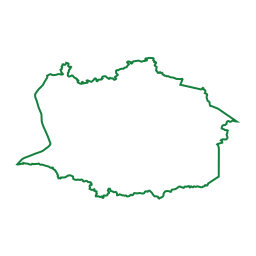 the district of Atalaya, Veraguas, Panama, rotated 274°
{"feature_id": "35544464B38923835463224", "entity_name": "Atalaya", "entity_type": "district", "adm_level": 2, "iso_a3": "PAN", "parent_name": "Panama", "parent_adm1": "Veraguas", "projection": "equal_earth", "projection_center": [-80.908, 8.019], "detail": "fine", "context": "isolated", "style": "outline", "palette": "green", "viewbox_px": 256, "rotation_deg": 274, "n_neighbors": 0, "source": "geoboundaries", "source_scale": "gbopen_adm2", "svg_char_len": 5720}
<svg xmlns="http://www.w3.org/2000/svg" viewBox="0 0 256 256"><g transform="rotate(274 128 128)"><path d="M142.1,235.9L153.5,216.5L155.7,209.9L155.6,209.2L155.8,208.6L156.8,208.0L159.4,207.5L160.2,206.6L160.7,205.5L163.5,204.4L165.5,204.3L166.3,204.7L166.8,204.6L167.4,204.2L168.2,202.2L169.3,202.7L170.5,202.5L171.3,201.9L172.1,200.3L172.9,200.5L173.2,200.2L173.3,199.9L172.9,199.5L171.7,198.8L171.6,198.0L174.8,177.2L180.3,179.0L180.8,178.7L180.3,176.2L180.5,175.2L180.3,172.8L180.8,171.9L181.0,170.7L181.5,169.5L181.5,167.0L182.5,164.4L182.2,162.9L182.7,162.3L182.7,160.8L183.4,160.2L183.8,158.8L185.2,158.5L185.5,158.1L185.2,157.4L185.3,156.9L185.9,156.1L185.7,155.7L185.3,155.6L185.1,155.3L185.2,154.7L185.1,153.9L185.5,153.6L185.9,153.6L186.1,153.2L186.5,153.1L187.3,152.0L190.9,152.3L192.0,150.5L192.5,150.2L194.7,151.4L195.3,151.4L195.7,150.8L195.5,149.8L195.6,149.5L196.6,149.6L197.4,148.4L198.0,148.7L199.1,148.7L199.5,147.9L199.4,144.1L198.8,142.3L198.7,140.9L198.0,140.5L197.2,142.1L196.8,142.1L196.1,140.3L195.8,138.4L195.2,137.3L195.1,136.6L195.7,135.0L195.9,133.5L194.8,128.6L193.0,127.7L192.6,127.3L192.6,126.7L192.8,126.4L193.5,127.1L193.8,127.0L193.8,125.8L194.5,124.2L194.1,123.0L193.6,122.6L193.3,122.6L191.5,124.4L190.0,123.1L188.5,122.3L187.9,120.3L186.8,119.4L186.7,117.2L186.4,116.8L185.9,115.4L184.9,114.3L185.0,113.1L184.4,112.2L183.7,112.1L181.9,112.4L180.3,114.1L179.7,113.7L178.1,111.5L177.6,111.5L176.4,112.7L175.8,112.4L175.3,111.5L175.2,110.7L176.5,109.2L176.3,107.7L176.8,106.5L175.8,105.9L175.7,105.2L176.2,104.8L176.8,103.5L177.9,102.4L178.0,101.2L177.7,99.6L177.3,99.0L176.0,98.5L175.6,99.1L174.6,98.3L174.1,95.1L173.8,94.7L172.8,94.5L172.5,94.2L172.5,93.8L172.7,93.4L174.8,92.7L175.1,92.2L175.2,91.7L174.8,91.1L173.4,90.3L171.6,88.5L171.6,87.5L172.5,85.1L172.7,83.9L172.3,83.5L170.7,84.5L170.3,84.4L170.1,82.7L169.4,80.4L169.6,80.2L170.5,79.9L170.8,79.2L170.3,78.8L169.2,79.2L168.8,78.5L169.1,76.7L170.0,74.7L170.3,74.5L171.4,75.2L171.9,75.2L172.3,74.6L172.4,73.7L172.8,73.4L173.6,73.4L174.6,70.9L176.4,69.0L176.5,68.4L175.5,66.6L175.3,65.9L175.3,65.2L175.7,64.6L176.3,64.2L178.3,64.4L178.8,64.2L180.0,65.1L181.6,64.9L182.2,65.3L182.4,65.8L184.9,67.0L185.2,66.5L185.1,66.0L184.8,65.3L185.1,64.4L185.9,63.9L187.5,64.3L188.0,64.2L188.4,63.6L188.7,61.8L187.7,61.7L186.8,60.9L186.6,60.1L187.1,59.3L186.8,58.3L186.0,58.5L184.8,57.5L183.8,58.1L183.2,57.7L182.4,57.9L181.4,56.6L179.6,57.5L178.8,57.6L177.7,59.1L177.2,59.3L176.8,58.9L176.7,57.1L176.9,56.1L176.9,54.7L175.9,52.1L175.6,50.5L175.6,48.5L176.3,47.2L176.3,46.7L174.5,43.6L173.5,44.0L172.6,43.9L168.6,41.7L164.9,40.1L160.2,36.0L156.9,33.9L155.1,33.0L153.7,33.1L151.9,33.5L148.6,35.1L142.3,37.4L135.7,40.7L129.1,41.4L127.5,41.8L123.2,43.7L114.8,48.2L107.2,51.7L106.1,51.6L104.0,50.1L99.2,44.5L98.0,42.2L96.4,38.3L92.7,30.6L91.3,27.4L89.8,24.9L88.4,23.6L84.0,20.1L83.9,20.7L84.6,23.4L85.0,24.2L84.9,25.7L85.9,26.0L85.5,27.6L85.4,30.5L84.7,32.7L84.8,34.2L85.6,34.9L85.3,36.5L85.6,37.0L85.5,37.8L85.8,38.5L85.8,40.3L86.3,41.0L86.3,41.6L85.2,43.1L85.5,44.8L84.4,49.3L84.0,51.6L83.3,52.7L82.9,53.9L83.3,55.1L83.2,55.6L82.5,55.3L82.0,56.5L81.6,56.6L80.8,58.3L80.4,58.4L80.0,58.9L79.4,59.1L77.8,60.5L76.7,60.7L76.5,61.1L75.5,61.6L74.5,61.3L73.9,62.0L73.0,62.2L73.2,63.2L72.9,64.2L73.1,64.4L74.0,64.6L74.1,66.4L74.1,67.1L74.5,69.0L75.8,70.7L76.2,71.0L76.2,71.7L76.7,72.6L76.8,73.3L76.4,75.1L75.7,76.5L73.5,77.0L73.1,77.3L72.6,80.0L72.7,80.7L73.1,81.5L72.8,83.9L73.3,84.7L73.3,85.5L72.6,86.7L71.9,86.8L71.6,87.3L71.6,88.3L72.2,89.3L72.4,90.3L72.2,90.8L71.2,92.0L71.4,92.7L71.2,94.5L70.9,94.8L70.4,94.6L70.1,94.8L70.1,95.3L68.8,95.7L68.5,95.3L68.4,94.3L68.0,93.9L67.0,93.7L66.0,94.3L65.0,93.9L64.6,93.9L63.9,95.6L63.7,96.4L63.9,97.3L64.6,98.4L64.6,98.8L64.4,98.9L63.5,98.5L63.0,98.7L62.8,99.2L62.7,100.8L62.5,101.1L62.1,101.2L61.1,100.9L60.2,101.5L58.6,100.6L57.6,100.7L57.5,101.0L57.9,103.1L57.3,104.4L57.2,105.1L57.9,106.3L57.8,106.6L56.7,107.2L56.5,107.7L56.6,108.1L57.2,108.5L58.2,108.1L58.8,108.3L59.0,108.8L59.0,110.7L59.2,111.6L59.9,112.2L61.0,112.3L61.9,113.6L62.5,113.6L64.2,112.3L66.0,112.9L66.2,113.2L66.1,114.2L63.9,115.3L63.7,116.9L62.9,118.3L63.3,119.9L63.2,120.7L61.8,121.6L60.4,121.7L60.1,121.9L60.5,123.2L61.3,124.3L60.4,127.2L60.5,128.2L60.2,129.3L60.5,130.3L60.5,130.9L59.8,131.5L59.7,132.5L60.3,134.2L61.2,134.9L61.6,135.5L61.6,136.1L61.2,136.6L61.4,137.4L63.5,138.8L63.4,142.2L64.0,143.8L63.7,145.8L63.7,147.8L64.2,148.7L65.5,149.3L66.0,149.8L66.0,150.4L65.8,152.1L66.7,152.6L67.0,153.9L65.2,156.2L63.6,157.3L61.7,159.2L61.8,160.3L61.6,162.6L61.2,163.0L60.1,163.3L59.8,164.1L60.5,164.9L61.3,166.6L61.9,167.4L63.1,168.1L65.1,168.1L66.9,169.2L67.5,169.9L67.8,171.1L67.9,172.2L67.8,173.2L67.3,174.8L67.4,175.3L68.8,175.7L69.6,176.2L70.0,178.4L70.4,179.5L71.4,181.1L73.0,182.8L73.1,183.4L73.2,184.3L72.7,185.2L72.6,186.2L72.3,186.7L72.2,187.6L72.4,188.0L73.1,188.3L73.5,188.8L73.6,189.6L73.5,190.7L74.3,192.6L74.0,193.3L73.2,193.5L73.0,193.8L73.2,194.3L74.0,194.7L74.2,195.0L73.4,196.6L73.5,197.1L74.2,197.6L74.4,198.0L74.0,199.7L74.7,201.3L74.0,204.8L74.2,206.4L75.0,207.2L75.3,208.3L76.4,209.0L76.4,209.5L76.1,210.0L76.2,211.0L77.5,211.7L78.2,211.8L85.9,221.9L113.5,220.1L116.0,219.6L116.6,219.1L117.3,218.9L117.9,218.1L118.3,218.5L120.0,223.1L121.5,222.7L122.1,221.5L122.7,221.9L123.3,223.3L123.4,226.7L124.5,227.7L125.2,227.9L126.4,227.7L128.1,226.8L130.0,227.4L131.6,227.4L132.4,227.7L132.7,227.2L132.7,225.0L133.3,224.0L133.8,222.0L134.3,221.4L135.1,221.5L136.5,221.8L137.1,222.4L137.6,223.2L137.7,224.8L138.4,225.2L139.1,226.1L140.4,226.0L141.3,226.4L141.7,226.8L141.9,228.0L141.3,229.0L141.3,229.6L142.0,231.0L142.6,231.6L142.6,232.4L142.1,234.4L142.1,235.9Z" fill="none" stroke="#15803d" stroke-width="2"/></g></svg>